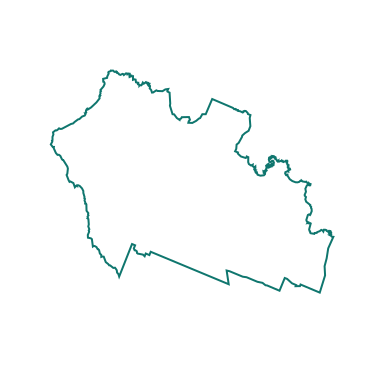 Colac Otway, Victoria, Australia, rotated 104°
{"feature_id": "25037944B58594911461534", "entity_name": "Colac Otway", "entity_type": "district", "adm_level": 2, "iso_a3": "AUS", "parent_name": "Australia", "parent_adm1": "Victoria", "projection": "natural_earth1", "projection_center": [143.55, -38.439], "detail": "fine", "context": "isolated", "style": "outline", "palette": "teal", "viewbox_px": 384, "rotation_deg": 104, "n_neighbors": 0, "source": "geoboundaries", "source_scale": "gbopen_adm2", "svg_char_len": 6001}
<svg xmlns="http://www.w3.org/2000/svg" viewBox="0 0 384 384"><g transform="rotate(104 192 192)"><path d="M201.3,44.0L201.5,45.6L200.9,46.3L200.5,47.8L199.9,46.6L199.4,46.6L199.0,47.2L199.3,48.6L198.5,49.4L197.9,48.9L198.0,47.6L197.7,47.2L196.4,48.2L196.5,49.7L197.4,50.6L197.2,51.9L196.5,52.3L196.4,53.6L196.7,54.9L198.6,55.0L197.7,56.1L197.5,57.4L199.1,58.6L200.7,60.9L201.5,61.1L202.1,63.1L203.0,63.2L203.3,66.8L202.9,67.5L201.6,67.9L201.3,68.6L199.9,69.3L193.8,69.2L193.6,69.8L194.2,71.0L193.9,71.6L194.2,72.3L193.2,71.9L193.0,73.3L191.5,74.3L186.3,74.0L185.4,73.0L185.8,71.9L185.3,71.7L181.6,71.2L179.4,71.9L178.6,72.7L177.6,72.8L176.7,74.1L176.0,74.1L173.8,78.9L171.6,80.3L169.3,80.2L168.3,81.7L167.5,82.0L164.2,81.5L161.4,82.8L157.8,82.1L156.9,81.2L157.2,79.8L156.9,78.9L155.6,78.9L155.5,80.2L155.0,81.0L155.5,81.1L155.6,81.9L154.3,83.7L154.8,84.4L155.0,87.3L154.2,88.8L155.0,89.0L155.1,89.7L156.2,90.4L157.1,91.9L157.5,93.9L157.1,97.3L155.9,100.3L153.0,103.3L152.0,103.6L152.3,104.6L152.9,104.2L152.9,104.8L151.5,106.1L150.2,106.2L148.8,104.5L148.9,103.5L147.9,103.9L146.6,102.4L146.3,102.8L146.0,102.5L145.8,102.6L146.3,103.8L145.2,104.1L145.5,104.4L145.1,105.0L143.6,105.3L143.1,104.5L143.2,104.9L142.6,104.8L142.2,106.2L141.1,106.5L140.9,107.0L138.9,106.9L138.6,107.3L139.0,108.6L139.9,108.6L140.3,110.3L140.8,110.6L140.6,111.6L139.9,111.7L140.0,112.2L139.7,112.6L140.5,113.0L140.6,113.9L141.3,114.7L141.1,115.2L141.8,115.9L141.5,116.5L141.0,116.4L141.3,116.7L141.1,117.2L140.0,118.0L139.8,119.3L139.1,119.7L138.6,119.1L138.1,119.3L138.0,119.7L138.5,119.4L138.8,119.9L138.6,121.1L137.9,120.8L137.4,121.3L137.5,122.0L137.9,121.4L138.7,122.2L138.4,122.5L138.6,123.9L139.7,123.9L140.0,123.4L140.7,123.8L140.2,124.4L140.6,124.4L140.7,125.2L139.8,125.2L140.0,125.5L142.0,125.3L143.7,124.3L144.0,122.9L142.4,121.9L142.1,121.0L142.4,120.5L143.0,120.7L143.6,119.7L146.3,119.4L146.6,119.8L146.3,120.5L145.8,120.2L145.2,120.8L145.4,121.6L147.3,121.0L147.1,121.8L147.8,121.8L147.3,122.6L149.1,122.6L149.7,123.5L149.1,123.6L149.7,124.7L149.4,125.1L148.8,124.4L146.3,124.7L147.2,125.6L147.7,125.5L148.5,126.4L150.5,125.5L151.9,125.7L152.8,125.0L153.0,125.7L153.8,125.3L154.6,125.6L154.2,126.7L154.6,126.9L154.5,127.7L155.3,127.4L155.5,126.7L156.2,126.8L156.4,125.6L157.1,125.5L158.4,126.3L159.6,129.6L159.4,132.5L157.5,133.7L158.1,134.1L157.6,135.0L156.8,135.0L156.2,136.0L155.3,135.4L154.9,137.1L154.0,137.1L153.3,136.3L152.0,136.7L153.3,137.5L152.6,137.9L152.7,138.4L152.1,139.6L150.8,139.7L152.0,141.2L151.1,143.6L149.4,144.7L144.6,145.8L144.3,147.5L145.5,147.6L146.0,148.2L145.7,153.1L143.9,156.4L143.1,157.1L142.5,157.0L142.1,160.0L139.4,159.5L135.2,160.2L133.1,158.6L126.4,156.8L125.1,156.9L122.1,154.9L118.9,151.9L114.0,151.3L106.2,153.9L103.2,153.9L102.8,156.6L101.8,157.1L100.4,159.4L100.6,160.7L101.2,161.6L102.0,161.4L102.6,162.0L102.0,164.8L102.2,166.8L102.1,167.3L101.4,167.3L101.5,169.4L101.0,169.5L100.9,170.2L101.4,171.2L100.5,172.6L96.9,194.9L113.2,197.5L114.0,200.8L118.3,202.0L119.1,203.1L121.9,205.1L124.9,208.4L125.7,212.3L124.2,212.3L122.4,211.5L120.0,213.1L121.9,220.0L123.2,220.3L124.2,221.4L125.1,221.4L123.9,224.6L121.0,228.1L121.2,229.7L113.6,234.3L111.5,234.5L101.0,237.8L100.5,240.1L100.1,240.4L97.8,240.0L98.9,242.7L101.3,245.0L102.3,249.8L102.0,251.2L104.9,253.9L105.2,254.9L102.9,256.3L101.7,258.1L99.5,258.3L99.1,257.7L99.4,259.2L98.8,259.1L98.3,259.8L97.4,259.6L97.6,260.5L98.1,260.5L97.7,260.9L98.2,261.1L97.4,261.8L96.7,261.4L96.7,262.4L97.1,262.1L97.2,262.6L96.6,263.3L98.6,265.0L97.7,266.2L100.3,266.7L100.9,267.2L100.9,268.5L101.5,268.8L100.7,269.0L100.6,270.1L99.5,270.4L99.9,270.9L99.4,271.2L99.8,271.5L99.1,271.4L99.1,272.9L96.6,273.9L96.6,275.2L97.4,276.4L94.1,277.2L94.4,277.7L93.6,278.7L93.7,279.2L94.2,278.8L95.5,280.4L93.7,281.1L93.0,280.7L92.3,281.0L92.5,282.7L93.4,283.3L92.8,283.7L92.8,284.7L95.0,286.4L94.2,287.3L94.2,288.0L95.7,289.8L95.5,291.2L94.6,292.2L94.7,293.4L94.4,293.9L93.6,293.9L93.3,294.8L93.9,295.2L94.2,296.3L93.3,297.9L93.8,300.1L94.3,300.1L95.6,302.0L96.5,302.1L97.3,301.5L100.5,302.2L101.8,302.0L103.7,305.6L106.4,304.8L106.3,304.2L107.1,303.4L108.3,302.9L111.0,303.4L115.2,305.5L116.1,304.7L117.2,305.2L118.5,304.6L120.9,305.0L120.9,304.4L122.1,304.8L123.5,304.3L128.2,306.4L134.4,310.4L136.4,312.3L136.3,313.7L136.8,314.0L137.4,313.4L138.3,314.6L139.9,314.4L140.3,313.9L141.7,314.3L141.7,314.7L142.4,314.2L143.8,314.6L145.4,316.9L148.5,318.9L149.1,320.1L152.5,322.9L154.2,323.9L155.3,325.9L162.2,333.6L162.7,335.2L162.4,336.4L164.2,337.5L165.0,338.3L165.2,339.4L167.7,341.3L169.7,340.4L172.3,340.7L175.4,339.9L176.0,340.3L176.9,339.7L180.0,340.5L182.0,338.0L181.7,336.9L182.9,336.8L187.1,333.5L188.5,331.5L188.1,330.2L188.8,328.5L191.6,326.2L192.2,325.3L192.1,324.7L197.5,319.1L199.3,318.1L204.4,317.4L205.8,317.8L210.5,314.5L211.8,313.3L211.2,312.6L212.0,309.3L215.7,306.8L214.2,306.1L214.2,305.5L213.9,305.8L213.3,305.3L213.0,304.0L213.3,302.4L215.1,299.6L217.3,297.7L219.2,297.2L222.8,295.1L224.2,294.9L224.6,294.2L226.3,294.2L227.9,293.0L229.1,292.9L229.1,291.9L229.6,291.5L235.7,289.8L237.6,287.5L238.8,287.5L239.8,286.8L241.0,287.4L242.1,286.8L242.8,287.1L243.3,286.0L248.4,284.3L250.5,284.3L253.0,282.6L254.3,282.9L255.4,282.2L258.9,282.7L261.5,281.9L261.4,278.9L262.0,277.7L268.9,275.0L268.1,274.3L268.0,273.3L268.5,271.4L270.3,269.7L270.1,269.2L270.9,268.1L274.0,266.5L274.9,264.9L276.9,264.3L276.3,263.5L276.1,262.0L280.9,258.7L282.2,255.8L283.2,254.6L283.0,253.7L284.7,250.0L284.1,248.4L284.9,247.4L286.1,246.1L288.3,245.2L289.5,243.5L291.7,242.2L257.0,237.6L257.5,234.3L260.8,234.8L262.4,233.6L262.2,232.9L262.9,231.2L264.5,230.6L264.9,229.8L264.6,224.5L265.8,222.4L262.9,222.0L263.5,218.1L260.0,217.6L272.6,134.1L259.8,139.4L259.8,136.3L261.9,122.3L261.5,118.4L263.3,106.8L263.1,101.6L264.7,98.1L264.5,96.6L266.6,83.2L253.0,81.2L253.3,78.7L256.4,72.9L257.1,68.4L258.3,68.6L257.2,64.5L255.5,64.3L258.7,43.7L240.7,42.7L231.9,45.4L223.8,45.3L213.7,46.2L201.3,44.0Z" fill="none" stroke="#0f766e" stroke-width="2"/></g></svg>